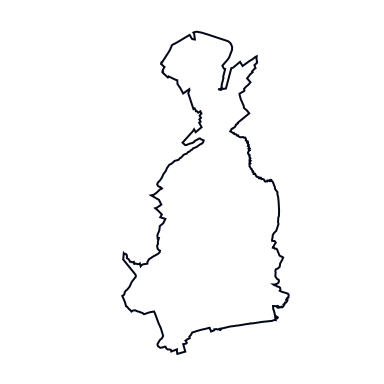 the district of Margineni, Bacau, Romania, rotated 261°
{"feature_id": "2599482B26421783388183", "entity_name": "Margineni", "entity_type": "district", "adm_level": 2, "iso_a3": "ROU", "parent_name": "Romania", "parent_adm1": "Bacau", "projection": "natural_earth1", "projection_center": [26.8, 46.608], "detail": "fine", "context": "isolated", "style": "outline", "palette": "ink", "viewbox_px": 384, "rotation_deg": 261, "n_neighbors": 0, "source": "geoboundaries", "source_scale": "gbopen_adm2", "svg_char_len": 6022}
<svg xmlns="http://www.w3.org/2000/svg" viewBox="0 0 384 384"><g transform="rotate(261 192 192)"><path d="M188.9,273.5L191.2,272.3L190.5,271.5L190.6,270.6L191.6,270.7L191.3,269.6L191.5,268.4L190.8,268.3L190.6,267.8L191.0,267.1L190.8,266.1L191.3,265.5L193.1,265.0L193.9,263.6L193.8,262.8L194.0,262.5L195.2,262.4L195.4,262.0L195.0,261.3L195.6,260.8L195.2,260.3L196.8,259.3L196.8,258.5L197.8,257.8L200.0,257.2L199.9,256.5L200.1,255.7L200.6,255.6L201.3,255.9L202.3,255.1L202.9,255.6L203.8,254.7L205.2,254.6L205.6,253.9L206.9,253.6L208.3,252.8L209.3,253.1L210.4,253.1L210.9,254.0L211.7,253.3L212.7,254.2L213.5,253.7L213.9,254.7L214.8,254.0L215.4,254.0L216.1,255.0L217.8,254.2L218.5,254.6L219.0,254.2L219.6,254.6L220.9,253.5L221.5,253.4L222.3,253.5L223.6,254.6L224.3,254.6L224.3,255.5L225.3,255.2L225.8,255.9L226.4,255.6L226.4,255.4L225.6,255.1L226.1,254.7L226.3,255.0L227.7,255.3L228.5,254.5L228.9,255.2L229.7,255.4L230.0,254.8L231.5,255.0L231.8,254.3L232.3,254.2L232.7,255.0L233.1,255.1L233.4,254.7L233.2,254.2L234.5,253.4L234.8,253.2L235.3,253.6L237.3,253.2L237.5,252.9L237.4,252.0L238.3,251.1L238.3,249.3L238.8,247.7L239.9,246.5L240.7,246.4L240.7,245.3L241.9,244.8L242.4,243.3L243.1,243.0L243.1,242.6L243.6,242.5L243.4,242.1L244.0,241.7L245.9,239.3L248.2,241.1L248.2,242.1L248.7,242.5L249.3,244.3L251.2,245.9L251.6,245.9L252.5,248.0L253.2,248.0L260.7,260.8L263.9,259.0L266.8,256.5L269.1,256.5L276.0,254.7L280.5,254.2L281.7,254.3L283.4,258.9L283.8,259.6L285.7,259.5L287.6,261.9L289.2,264.6L291.2,266.9L295.6,264.2L299.2,268.0L300.8,270.6L301.7,270.2L304.0,273.1L304.4,274.1L307.5,273.5L309.6,276.6L313.4,276.5L315.9,277.1L315.5,275.8L313.8,272.8L312.2,268.9L308.5,261.7L313.0,259.8L308.4,252.0L308.2,251.4L308.2,250.2L288.9,241.7L289.0,238.4L288.3,236.3L289.1,234.7L289.4,234.8L289.2,236.8L289.7,238.2L290.9,237.4L292.1,238.0L293.0,238.0L299.7,240.9L300.7,240.7L301.3,241.0L308.3,244.0L309.0,242.7L312.1,241.8L317.1,247.9L319.2,249.8L326.0,253.7L328.5,254.3L330.8,254.0L333.1,253.2L335.3,251.2L345.4,231.6L348.0,226.2L349.6,221.7L349.4,218.5L349.3,218.3L348.3,218.9L342.2,218.7L342.6,217.1L343.3,215.9L347.5,214.2L341.8,199.9L340.3,195.3L335.4,192.2L324.6,182.6L324.9,182.2L323.4,181.4L319.7,184.4L319.1,183.7L316.0,181.7L315.2,182.2L314.6,181.6L308.9,186.1L309.8,187.0L305.3,193.5L304.7,194.9L300.8,194.6L296.2,196.8L290.7,198.7L294.0,205.4L293.0,205.4L290.3,203.8L289.7,203.8L273.7,206.4L274.2,207.7L273.1,208.2L271.2,208.5L271.1,209.4L269.4,210.6L270.4,212.9L268.0,213.6L267.7,212.9L266.0,211.4L263.8,212.5L262.6,210.6L260.1,211.5L259.3,209.9L254.5,211.6L250.5,205.0L253.6,203.9L252.2,202.7L242.2,190.4L239.4,192.6L239.3,194.0L240.1,197.1L240.3,199.7L240.9,201.7L241.8,202.4L243.7,207.5L243.5,208.1L243.6,208.3L242.6,209.2L241.2,211.6L240.2,211.2L239.1,210.5L238.3,209.4L237.4,206.7L235.7,203.5L234.9,199.9L233.9,198.8L233.2,197.0L232.5,196.1L231.9,194.1L230.7,192.8L230.5,191.1L230.1,189.7L227.5,186.3L227.3,185.3L225.9,183.8L225.4,179.7L223.3,176.5L222.4,173.8L219.5,171.0L216.9,169.4L214.0,166.5L210.8,164.4L208.3,162.1L206.7,159.8L205.0,158.8L202.9,159.6L201.8,161.5L200.3,162.9L199.8,162.2L200.1,161.6L196.3,156.1L196.1,155.2L195.3,154.1L195.1,151.1L189.3,158.2L184.3,159.7L181.8,154.4L181.7,153.2L178.8,155.7L174.5,158.7L172.0,156.7L169.6,161.5L165.6,158.7L163.4,154.9L159.2,153.7L154.6,151.0L151.4,150.8L151.5,152.0L148.2,150.5L146.0,150.3L144.6,149.2L143.5,149.1L141.3,149.2L139.5,150.4L139.0,151.2L137.6,150.7L136.2,148.7L134.0,142.6L133.2,141.2L132.5,139.2L130.0,137.1L128.2,136.7L128.2,132.1L127.6,130.6L126.7,129.7L129.4,129.3L129.1,129.0L129.2,127.2L130.2,125.0L129.9,123.9L130.1,123.6L132.1,123.6L131.9,121.8L132.6,121.0L132.8,119.8L133.6,119.7L135.3,119.0L136.9,117.4L137.5,117.4L138.5,117.8L140.2,117.6L141.0,117.1L141.0,116.4L141.6,116.0L141.8,115.1L142.0,115.0L136.1,113.5L120.2,122.7L118.8,123.4L117.2,123.3L112.6,118.4L108.2,115.5L105.7,112.7L105.0,111.3L103.6,110.0L101.3,109.0L100.7,108.1L100.3,106.9L93.5,108.6L89.5,109.0L89.0,109.8L85.9,111.7L85.0,112.7L83.4,113.5L84.2,115.4L84.0,117.5L82.8,119.1L81.7,121.7L81.0,122.6L80.3,124.1L78.8,125.5L79.8,131.4L79.9,135.8L78.1,136.4L67.8,138.4L62.0,140.0L54.3,141.0L52.2,139.4L50.7,137.0L48.0,134.8L47.2,134.2L46.1,134.0L45.1,134.3L43.2,136.1L43.0,137.3L43.2,139.3L43.5,140.5L43.4,141.6L41.9,142.0L40.4,143.1L39.9,145.5L39.4,146.4L37.7,146.6L38.9,152.5L37.6,152.2L34.4,152.2L35.4,160.4L43.1,159.5L43.1,162.1L43.9,163.3L46.2,162.3L47.4,164.8L47.9,166.9L49.6,166.8L51.0,168.6L53.2,170.2L54.4,178.7L54.9,185.9L55.2,187.3L55.0,188.2L54.2,188.1L53.5,188.6L51.2,189.0L51.9,192.2L52.9,192.5L52.8,194.6L52.2,196.0L52.3,196.7L51.3,198.2L51.5,198.6L52.5,197.9L52.6,198.2L52.6,201.5L53.2,208.7L53.0,213.0L53.1,214.2L52.9,217.2L53.0,224.9L52.9,228.7L53.2,229.3L52.8,230.3L52.7,241.4L52.2,250.3L52.6,253.3L52.9,253.6L52.4,254.6L54.8,254.6L53.8,256.0L54.5,257.1L55.1,256.9L56.2,255.2L56.8,255.1L57.4,254.6L59.5,254.6L62.8,254.2L63.2,253.9L66.7,254.2L66.1,257.1L66.1,258.7L65.2,259.8L65.1,259.0L64.6,258.4L64.2,258.9L64.2,259.1L64.5,259.4L64.2,259.9L64.4,260.4L64.2,262.1L64.5,262.3L64.1,262.6L64.0,263.3L66.0,265.4L66.7,264.9L67.4,266.3L68.2,266.6L68.1,267.6L69.2,268.7L69.9,268.9L70.0,268.7L69.7,268.4L69.9,268.2L70.6,268.2L70.2,269.1L70.4,269.5L71.0,269.4L71.2,269.0L72.1,269.2L72.8,270.0L72.7,270.7L75.3,271.4L76.2,271.2L77.0,270.1L79.4,265.1L80.7,263.3L81.0,263.7L81.8,264.0L83.7,264.0L84.9,262.8L85.2,261.5L86.5,260.3L86.9,258.9L87.9,257.9L87.6,259.4L87.9,259.9L87.8,260.8L88.5,262.7L89.3,263.5L91.0,264.0L91.8,263.8L92.9,262.4L95.6,261.1L99.0,261.9L101.5,262.1L102.6,262.8L102.8,264.2L103.3,265.3L104.4,266.9L107.6,267.9L111.2,270.7L113.1,271.8L115.5,268.5L122.0,267.0L122.9,266.2L123.1,264.8L124.0,264.4L124.3,263.1L125.1,263.4L125.5,264.2L126.8,264.9L128.8,266.8L129.8,266.5L130.6,265.9L131.2,263.5L132.3,263.6L134.9,264.6L136.8,265.0L138.9,266.8L140.4,269.1L146.8,272.4L149.0,272.3L153.4,273.3L154.7,274.1L160.0,275.1L168.5,276.0L173.5,276.3L176.7,276.0L178.4,276.4L182.0,274.5L183.7,274.6L188.9,273.5Z" fill="none" stroke="#020617" stroke-width="2"/></g></svg>